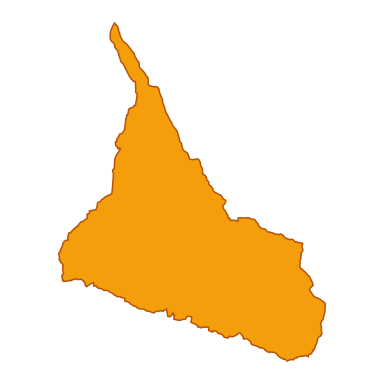 Noen Kham, Chai Nat, Thailand (Equal Earth projection)
{"feature_id": "78962969B80984630851813", "entity_name": "Noen Kham", "entity_type": "district", "adm_level": 2, "iso_a3": "THA", "parent_name": "Thailand", "parent_adm1": "Chai Nat", "projection": "equal_earth", "projection_center": [99.836, 15.024], "detail": "fine", "context": "isolated", "style": "filled", "palette": "amber", "viewbox_px": 384, "rotation_deg": 0, "n_neighbors": 0, "source": "geoboundaries", "source_scale": "gbopen_adm2", "svg_char_len": 5985}
<svg xmlns="http://www.w3.org/2000/svg" viewBox="0 0 384 384"><path d="M63.1,281.2L65.5,281.3L67.0,280.9L67.9,281.1L69.5,280.4L70.7,280.7L71.6,280.4L71.8,279.9L73.2,279.7L74.2,279.1L77.2,279.1L78.2,279.6L80.7,279.2L82.2,280.0L83.4,280.8L83.9,281.9L84.5,282.3L84.9,283.1L85.3,285.3L86.6,286.7L90.8,283.6L93.7,282.8L93.7,285.9L96.6,286.2L96.9,287.2L97.5,287.8L100.4,288.7L101.4,288.6L104.1,290.4L107.7,290.5L110.6,292.4L112.5,293.2L113.8,294.5L117.1,296.6L120.0,296.7L121.1,297.4L124.8,298.3L124.9,301.4L126.6,301.4L129.0,302.5L129.8,303.1L130.2,303.7L133.6,306.0L136.3,306.8L137.4,307.9L138.8,308.7L143.9,309.1L146.5,310.9L149.9,311.5L152.8,312.8L154.3,312.6L156.1,311.4L158.5,311.4L160.5,310.6L162.2,311.2L163.4,311.1L164.2,310.2L164.9,310.0L166.5,309.1L167.8,316.4L169.6,316.8L170.8,316.3L172.2,314.6L172.3,313.8L173.0,313.0L173.9,315.8L174.4,315.6L173.9,319.3L179.3,320.4L180.3,320.3L181.8,319.7L185.7,319.0L187.2,316.2L189.2,316.4L190.4,316.8L191.3,316.7L191.8,316.9L191.0,322.4L195.3,324.1L197.4,325.4L197.8,325.9L197.8,327.0L199.0,327.0L200.0,327.6L201.1,327.8L202.1,327.3L203.0,327.3L203.5,326.9L205.5,327.3L207.0,327.1L208.6,327.3L208.8,327.9L208.6,329.4L208.7,330.5L210.7,331.5L212.4,332.0L213.0,331.8L213.1,330.6L216.5,331.4L217.1,331.7L217.2,332.5L218.2,333.5L218.8,333.7L219.1,333.4L219.9,333.5L221.2,334.4L222.0,334.4L224.4,337.3L228.3,338.0L228.8,336.4L229.5,336.1L230.7,336.7L233.1,336.7L236.1,335.3L238.4,333.5L239.9,332.8L242.8,336.2L243.5,338.9L244.4,339.2L245.0,338.7L245.8,338.6L247.5,339.1L251.0,342.0L250.9,343.7L251.6,344.2L253.2,345.1L254.9,345.4L258.7,346.9L259.5,347.9L261.6,347.7L262.9,348.4L264.0,348.6L265.1,349.9L268.0,352.1L269.7,352.4L269.8,351.9L270.8,351.9L271.5,352.2L274.5,352.3L275.7,353.3L276.7,353.7L277.6,355.3L278.4,356.1L281.5,358.1L282.4,358.4L283.3,359.3L284.6,359.1L285.5,359.4L287.0,361.0L290.9,359.5L291.8,359.5L292.8,359.9L292.9,359.7L293.5,359.7L294.3,358.6L296.0,358.2L296.8,357.3L297.4,357.4L299.7,356.4L302.6,356.2L305.9,355.5L308.2,356.7L308.2,355.9L309.0,354.5L310.3,354.2L311.8,353.1L312.2,351.8L312.9,351.2L313.0,350.0L314.3,349.6L315.3,345.7L316.5,343.9L318.0,338.1L319.4,336.4L320.7,336.1L321.0,335.1L321.9,334.1L321.8,332.4L321.4,331.2L321.4,326.8L320.8,325.1L320.7,323.5L320.8,323.0L321.5,322.3L321.6,320.8L322.9,319.9L324.2,314.2L324.8,312.4L325.0,310.0L325.2,304.9L325.0,303.0L319.6,299.0L314.6,296.9L312.9,295.0L309.3,289.5L310.6,287.6L313.2,285.3L312.4,282.5L309.2,276.1L307.5,275.0L307.0,274.0L305.6,272.4L302.9,270.2L302.5,269.4L300.7,268.5L300.2,267.7L299.7,266.1L300.2,262.7L300.0,260.8L301.0,258.1L300.7,256.5L301.4,255.3L300.9,254.4L301.6,252.3L302.5,251.4L302.8,250.7L302.7,248.8L302.0,247.4L301.8,246.3L302.7,243.4L300.2,242.6L298.1,242.6L296.2,241.7L295.2,242.0L293.8,240.3L292.3,239.3L290.9,239.6L287.7,239.1L286.5,238.3L284.5,237.6L283.7,235.9L281.0,234.0L280.4,234.0L279.5,234.6L277.8,234.2L275.3,234.2L273.0,232.9L272.4,233.3L271.7,232.8L270.2,232.1L268.0,232.1L266.8,231.0L265.1,229.0L263.3,228.6L261.9,228.6L261.0,228.2L258.8,225.9L257.7,223.2L256.5,222.5L255.8,220.8L254.3,219.4L251.0,219.0L249.2,217.9L248.4,217.7L244.2,218.0L239.4,217.8L238.0,218.2L238.0,221.2L235.0,220.4L229.8,220.0L229.7,218.1L228.2,218.2L227.7,215.0L227.4,215.1L225.7,211.4L223.8,209.2L222.8,207.2L223.2,205.6L225.3,202.8L225.8,201.2L225.7,200.4L223.7,199.2L222.6,198.1L221.7,196.1L221.2,195.5L214.1,191.9L213.2,190.7L212.7,188.4L212.3,187.7L208.9,184.4L208.7,181.8L206.6,179.7L206.5,177.6L205.3,175.6L204.7,175.0L203.3,174.6L202.9,174.3L202.6,172.0L202.3,168.4L200.8,166.2L200.3,162.5L198.7,159.4L197.4,158.9L192.4,159.7L189.7,159.2L187.6,153.4L186.6,152.4L184.2,151.0L183.2,149.9L182.2,147.2L181.5,143.5L181.0,142.7L180.0,141.8L179.7,141.2L179.1,137.8L177.2,131.5L175.6,129.0L172.5,125.3L171.3,121.8L170.1,120.5L167.7,115.3L166.0,112.5L164.1,106.1L162.9,103.3L162.3,99.4L159.6,92.7L159.1,89.8L158.6,88.4L158.1,87.8L156.8,86.7L152.7,86.7L150.1,85.8L148.4,84.8L148.1,83.1L148.3,79.2L147.9,77.7L146.8,76.4L143.4,71.3L139.6,67.7L139.3,66.4L139.0,62.3L137.1,60.4L136.1,58.3L135.0,56.8L134.4,54.4L133.8,53.2L127.1,44.5L123.2,41.2L122.5,40.4L120.5,36.7L119.5,32.8L118.7,31.1L118.4,29.0L117.6,26.6L114.6,23.0L112.8,25.9L111.2,29.6L110.6,31.5L110.1,35.1L110.2,38.6L110.5,39.6L111.7,41.5L114.0,43.4L114.4,44.6L114.8,46.9L115.3,48.0L117.6,50.7L120.9,61.6L123.0,63.7L129.9,77.2L131.0,78.7L133.7,81.5L135.2,81.4L135.6,85.2L135.7,92.3L135.9,92.8L137.2,93.4L136.8,98.0L135.8,103.0L135.7,104.7L135.3,105.5L134.4,105.4L133.9,105.6L133.2,107.1L132.0,107.8L130.6,107.8L128.6,109.4L128.7,110.1L128.3,111.5L128.3,113.2L127.5,114.4L126.5,115.2L126.8,116.0L126.5,116.7L126.5,117.5L125.8,118.6L124.7,129.3L123.6,131.0L122.6,132.9L121.4,133.7L119.6,134.1L118.3,137.3L117.6,138.3L116.9,138.7L116.8,141.5L115.9,141.4L115.5,141.9L115.7,142.6L115.4,143.3L115.8,144.1L115.5,144.7L115.6,145.5L116.4,146.3L117.2,146.5L117.6,147.5L117.6,148.3L118.0,148.9L118.8,148.8L119.0,148.4L119.7,148.0L120.2,148.2L120.3,149.0L116.1,155.7L115.3,157.5L114.7,160.0L114.3,168.2L114.1,168.7L112.9,169.7L112.7,170.3L112.6,171.4L113.4,173.4L113.3,176.3L112.5,187.5L111.8,193.7L109.4,194.9L109.3,195.2L107.4,195.6L105.3,197.0L104.5,197.3L103.5,198.8L102.9,198.7L101.4,200.0L101.0,200.9L99.8,201.8L97.7,202.7L97.3,204.3L97.0,206.9L95.7,210.0L92.6,210.1L92.0,210.6L91.0,210.9L90.3,210.6L89.3,211.1L89.2,211.4L89.5,212.9L89.4,213.7L87.1,214.0L87.1,216.2L87.4,218.1L82.7,221.5L80.7,222.0L78.0,225.3L77.6,226.4L76.2,226.5L75.5,228.2L74.1,228.5L73.7,229.5L73.1,229.7L72.4,230.8L71.5,231.1L70.9,232.5L69.3,232.8L69.1,233.2L68.6,233.4L68.1,236.4L67.7,237.0L68.1,240.0L65.7,240.4L64.2,241.5L62.8,243.5L62.2,246.7L61.4,247.8L61.4,248.5L60.7,249.2L60.3,251.2L58.8,253.0L58.8,253.9L59.4,256.9L59.4,258.5L59.0,259.2L59.5,259.6L59.6,260.4L60.4,260.8L60.4,262.2L61.5,262.9L62.7,264.1L62.7,265.0L63.1,265.8L62.8,266.3L62.6,269.7L63.2,271.7L63.4,273.4L63.0,274.4L62.4,274.6L62.0,275.1L61.9,276.7L62.4,277.9L62.5,280.0L63.1,280.1L63.1,281.2Z" fill="#f59e0b" stroke="#b45309" stroke-width="1.5"/></svg>